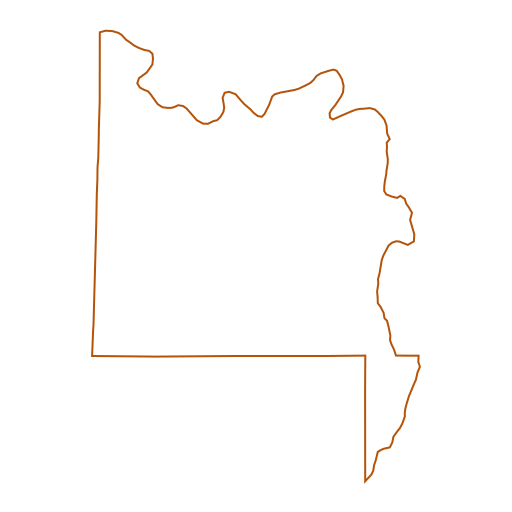 outline of Palotina, Paraná, Brazil
{"feature_id": "56859067B34205123828041", "entity_name": "Palotina", "entity_type": "district", "adm_level": 2, "iso_a3": "BRA", "parent_name": "Brazil", "parent_adm1": "Paraná", "projection": "natural_earth1", "projection_center": [-53.775, -24.293], "detail": "fine", "context": "isolated", "style": "outline", "palette": "amber", "viewbox_px": 512, "rotation_deg": 0, "n_neighbors": 0, "source": "geoboundaries", "source_scale": "gbopen_adm2", "svg_char_len": 2230}
<svg xmlns="http://www.w3.org/2000/svg" viewBox="0 0 512 512"><path d="M389.7,139.1L387.2,133.7L386.5,125.4L384.4,119.7L381.9,116.4L377.5,111.7L374.7,109.4L369.7,108.1L364.0,108.7L359.8,108.9L355.5,109.8L350.6,111.7L339.7,116.4L332.9,119.5L330.0,117.6L329.6,113.2L331.5,109.7L335.3,105.1L340.9,96.7L343.0,92.5L343.6,85.9L342.0,79.4L339.6,74.9L336.7,70.8L333.6,69.6L329.4,70.6L320.9,73.3L316.6,75.9L313.5,80.0L310.5,82.8L306.7,84.9L303.3,86.5L298.7,88.7L294.4,90.0L280.8,92.5L274.7,94.3L272.2,96.5L269.2,104.7L264.5,114.0L261.8,116.8L257.7,116.0L253.6,112.8L250.4,109.3L244.8,104.6L241.1,100.7L235.6,94.2L229.1,91.8L224.6,92.8L222.6,97.9L223.6,103.4L224.2,107.9L223.3,112.1L220.5,116.8L217.2,120.2L213.4,121.1L207.9,123.8L203.0,123.6L196.8,120.2L186.6,108.5L183.0,106.0L178.2,105.2L174.2,107.1L171.1,107.9L167.9,107.9L162.6,107.3L157.7,104.2L150.6,94.3L148.1,91.4L143.4,89.5L139.8,87.5L137.3,83.3L139.0,78.1L142.0,76.0L146.7,72.5L152.4,64.5L153.0,58.6L152.4,53.7L149.1,50.9L144.5,50.0L139.0,48.0L133.9,45.4L130.1,42.5L126.0,39.7L121.6,34.9L118.5,32.9L112.4,31.1L105.6,30.7L99.8,32.3L99.7,101.4L98.8,130.2L98.8,134.2L98.3,157.2L97.5,167.8L97.4,179.2L96.8,193.9L96.3,221.7L93.5,325.0L93.1,330.9L92.1,356.0L156.2,356.6L234.6,356.0L270.0,356.0L299.7,356.0L326.8,356.0L365.3,355.6L365.1,391.0L365.2,481.3L368.2,478.0L371.3,474.7L373.2,470.9L374.1,465.3L375.8,460.1L377.8,451.9L380.7,450.1L383.9,448.7L389.8,447.4L392.3,442.4L393.4,436.8L396.9,431.9L399.9,428.1L402.3,423.6L404.8,416.7L404.8,412.6L405.3,408.9L406.5,404.2L408.9,396.3L411.6,389.8L413.8,384.4L415.9,379.8L417.5,372.5L419.9,366.8L418.3,361.9L418.6,355.7L396.0,355.6L393.9,349.3L391.6,344.6L390.0,340.1L390.4,335.8L388.5,326.4L387.0,320.7L384.5,318.3L383.6,312.8L380.6,306.9L377.8,303.2L377.6,296.7L377.1,291.6L378.3,283.7L378.0,279.2L379.5,273.5L380.8,265.8L381.7,260.2L383.4,255.4L388.7,245.4L392.1,242.7L396.0,241.3L399.2,241.5L407.8,244.9L413.9,241.4L414.3,234.4L411.6,225.0L410.1,219.9L412.0,212.8L408.8,207.3L406.2,203.6L404.7,198.9L400.3,195.9L397.2,197.9L391.6,196.5L386.3,194.4L384.2,191.0L384.3,186.1L384.9,181.0L386.2,174.5L386.5,170.6L387.7,163.3L387.8,159.0L386.7,151.8L387.0,146.4L386.7,142.7L389.7,139.1Z" fill="none" stroke="#b45309" stroke-width="2"/></svg>